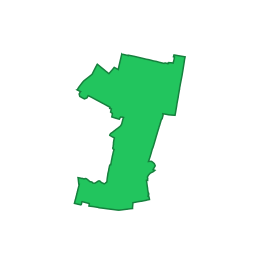 Bragadiru, Ilfov, Romania (orthographic projection), rotated 320°
{"feature_id": "2599482B78210424721579", "entity_name": "Bragadiru", "entity_type": "district", "adm_level": 2, "iso_a3": "ROU", "parent_name": "Romania", "parent_adm1": "Ilfov", "projection": "orthographic", "projection_center": [25.978, 44.379], "detail": "fine", "context": "isolated", "style": "filled", "palette": "green", "viewbox_px": 256, "rotation_deg": 320, "n_neighbors": 0, "source": "geoboundaries", "source_scale": "gbopen_adm2", "svg_char_len": 5188}
<svg xmlns="http://www.w3.org/2000/svg" viewBox="0 0 256 256"><g transform="rotate(320 128 128)"><path d="M113.5,66.0L113.6,66.3L113.8,66.8L114.0,67.1L114.7,69.0L115.0,69.5L114.9,69.5L113.3,70.2L112.5,70.5L112.3,70.8L111.4,72.8L111.5,73.2L112.0,74.3L112.0,74.5L113.3,77.7L113.6,77.8L115.7,78.5L115.9,78.5L116.1,78.5L116.6,78.3L118.3,77.6L119.4,80.1L120.0,81.5L122.0,86.6L123.2,89.5L127.6,100.7L126.6,101.2L126.7,101.5L127.5,102.7L124.9,104.6L125.1,105.6L125.4,106.8L123.6,108.4L122.7,109.1L124.5,112.0L127.0,115.7L128.7,115.0L129.3,114.8L130.8,116.2L131.4,117.1L130.0,117.8L128.7,118.7L128.5,118.9L128.4,119.0L127.0,119.9L126.7,120.2L126.0,120.7L124.6,121.3L123.7,121.6L123.4,121.6L122.1,121.7L121.7,121.6L120.8,121.6L120.1,121.6L118.9,121.5L117.7,121.4L116.4,121.4L115.2,121.3L114.4,121.3L113.7,121.3L113.1,121.3L112.7,121.2L111.7,121.1L111.4,121.1L111.0,121.1L109.8,121.5L109.3,121.9L109.6,122.7L110.4,124.9L111.2,126.8L108.9,128.6L107.2,130.1L106.3,131.3L105.8,131.5L105.3,132.1L104.1,133.2L103.7,133.3L103.4,133.7L103.1,134.1L103.1,134.4L103.2,135.3L103.4,135.4L103.5,135.5L101.2,137.0L100.2,137.8L98.9,138.8L97.9,139.5L95.0,141.9L94.9,141.9L92.8,143.7L91.2,145.0L90.9,144.6L90.3,144.8L90.0,144.9L89.4,145.2L88.8,145.7L88.3,146.1L87.4,146.8L87.2,146.9L86.0,148.0L84.7,149.0L83.4,149.9L82.9,150.4L80.4,152.6L79.2,153.7L77.9,155.0L77.0,155.7L76.8,155.8L76.0,155.6L75.6,155.7L75.0,155.7L74.4,155.6L73.9,155.5L73.7,155.2L73.5,154.5L73.2,153.9L72.7,153.0L72.6,152.4L72.4,151.5L72.4,150.7L72.3,150.4L71.7,149.8L71.1,149.5L70.9,149.5L70.4,149.4L68.3,149.2L67.2,149.0L66.5,148.5L66.0,148.0L65.7,147.5L65.7,146.6L65.6,146.1L65.3,145.8L65.1,145.5L64.8,145.1L64.5,144.8L64.4,144.5L64.2,144.1L64.2,143.1L64.0,142.3L63.6,140.5L63.3,139.8L63.1,139.5L62.7,139.2L61.6,138.8L61.1,138.0L60.8,137.4L60.1,136.9L59.8,136.4L58.1,134.2L57.8,133.9L57.6,134.3L57.2,134.9L54.2,139.4L54.5,139.8L53.9,140.2L53.6,140.4L53.4,140.6L53.1,140.8L52.8,141.0L52.4,141.3L49.7,143.2L49.7,143.3L49.4,143.5L49.1,143.7L48.8,143.9L48.6,144.0L48.3,144.3L48.0,144.4L47.7,144.7L47.6,144.8L47.4,145.0L47.1,145.1L46.5,145.5L46.1,145.8L45.8,146.1L45.7,146.2L45.4,146.4L45.2,146.5L44.8,146.8L44.7,146.9L44.5,147.0L44.2,147.2L43.9,147.4L43.7,147.6L43.3,147.9L42.6,148.4L42.2,148.7L42.0,148.8L41.5,149.1L38.5,151.3L38.9,151.8L39.7,152.9L40.8,154.4L41.9,155.8L42.4,156.5L42.7,156.6L43.0,156.6L43.6,156.2L44.5,155.5L45.2,155.0L45.5,154.9L49.8,161.0L47.9,162.7L50.9,165.9L53.9,169.4L54.2,169.8L54.4,170.3L55.6,171.6L55.9,171.9L57.5,173.6L60.4,176.8L64.6,181.3L66.8,183.7L68.1,185.0L68.5,185.3L70.6,186.7L72.5,187.9L74.5,189.2L75.7,190.0L76.1,190.2L77.5,191.1L78.3,191.6L79.1,192.2L79.7,192.6L79.8,192.4L80.4,191.8L81.9,190.3L82.4,189.8L82.8,189.4L83.7,188.4L85.0,189.1L85.9,189.6L87.6,190.5L88.6,191.1L90.6,192.3L91.3,192.8L92.8,193.6L93.9,194.2L95.3,195.0L96.1,195.3L98.5,196.6L99.3,195.2L99.4,194.9L100.1,193.4L99.6,193.1L100.1,192.7L100.3,192.5L100.5,192.8L101.4,192.0L101.2,191.7L101.7,191.3L101.6,191.2L101.7,190.9L102.2,190.0L102.8,189.0L103.3,188.1L104.1,187.0L104.8,185.9L105.3,185.0L108.5,179.9L108.8,180.0L109.0,180.2L109.4,180.7L109.8,180.2L110.4,179.6L110.7,179.3L110.8,179.1L111.3,178.1L111.5,177.9L112.5,177.6L113.2,177.3L113.7,177.2L114.1,177.1L114.6,177.1L115.2,177.0L115.9,176.9L116.4,177.0L117.4,177.2L118.8,177.6L120.1,177.7L121.4,177.7L120.4,176.0L124.5,174.5L125.0,173.1L125.2,172.3L125.2,171.9L125.1,171.4L125.1,171.2L125.1,170.9L125.0,170.4L124.8,169.9L124.8,169.4L124.7,169.0L124.6,168.7L124.4,168.5L124.1,168.3L123.3,167.5L122.7,167.2L122.1,166.8L124.0,165.7L126.6,164.1L128.4,162.9L129.2,162.4L131.5,160.8L133.7,159.3L134.1,159.3L137.2,157.3L140.5,155.1L145.1,152.0L146.7,151.0L147.5,150.4L148.0,150.1L149.7,149.0L150.8,148.3L151.3,148.0L152.7,147.0L154.1,146.2L154.7,145.8L155.4,145.3L157.1,144.2L157.4,144.0L158.0,143.6L159.1,142.9L160.0,142.9L162.3,141.3L163.2,140.6L163.3,140.5L163.9,139.5L166.4,142.5L167.6,144.0L169.5,145.9L172.2,148.5L173.9,147.1L179.2,142.6L181.3,140.7L186.3,136.6L188.3,134.8L190.0,133.4L191.6,132.0L192.6,131.3L192.8,131.0L193.4,130.4L193.5,130.3L193.9,130.0L194.8,129.3L196.7,127.7L200.3,124.8L202.9,122.7L207.0,119.2L213.9,113.2L215.2,112.0L216.1,111.3L216.6,110.9L217.5,110.2L212.9,104.8L212.8,104.7L212.0,103.7L211.8,103.5L211.5,103.1L210.2,101.6L208.7,102.6L209.3,103.3L208.6,103.8L208.7,104.0L206.6,105.7L204.7,107.0L204.7,106.9L204.2,107.2L203.3,106.1L202.7,105.5L202.3,105.1L201.3,104.1L200.5,104.6L200.4,104.4L200.1,103.9L199.7,104.1L198.4,102.2L197.9,101.9L197.5,101.7L197.1,101.7L196.6,101.0L196.3,100.6L195.9,100.0L195.6,99.7L194.8,98.5L194.5,98.2L192.5,95.2L190.9,93.3L190.7,93.1L189.0,90.6L187.6,88.7L186.2,87.1L185.7,86.4L184.4,84.6L178.6,76.8L178.5,76.7L176.0,73.6L175.6,73.1L175.0,72.4L174.9,72.5L174.7,72.7L171.8,68.7L171.2,68.1L170.7,67.5L170.7,67.4L158.3,76.7L158.1,76.9L156.4,72.7L154.5,73.1L152.8,73.4L148.3,74.1L147.7,71.1L147.5,70.4L147.4,69.7L147.1,67.8L147.0,67.5L146.9,66.9L146.9,66.7L146.7,65.7L146.6,65.4L145.5,59.4L145.0,59.5L143.8,60.1L143.1,60.3L139.6,61.8L135.2,63.7L134.8,63.8L134.5,63.8L124.6,63.5L123.8,63.6L123.1,63.7L122.0,63.9L119.8,64.4L116.3,65.2L114.9,65.7L113.8,66.1L113.5,66.0Z" fill="#22c55e" stroke="#15803d" stroke-width="1.5"/></g></svg>